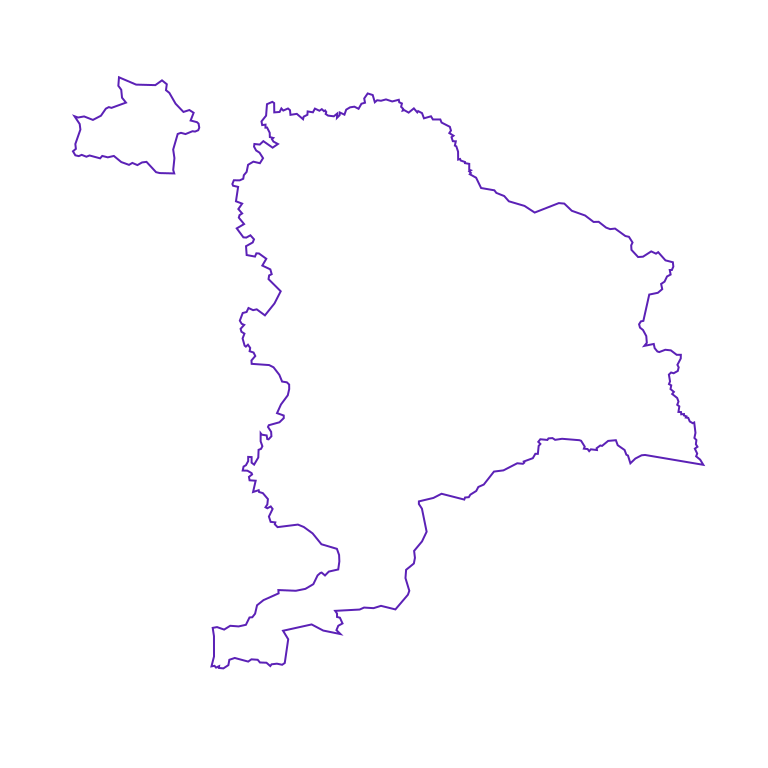 Mion, Northern, Ghana, rotated 183°
{"feature_id": "2480657B42193515445029", "entity_name": "Mion", "entity_type": "district", "adm_level": 2, "iso_a3": "GHA", "parent_name": "Ghana", "parent_adm1": "Northern", "projection": "orthographic", "projection_center": [-0.239, 9.451], "detail": "fine", "context": "isolated", "style": "outline", "palette": "violet", "viewbox_px": 768, "rotation_deg": 183, "n_neighbors": 0, "source": "geoboundaries", "source_scale": "gbopen_adm2", "svg_char_len": 6100}
<svg xmlns="http://www.w3.org/2000/svg" viewBox="0 0 768 768"><g transform="rotate(183 384 384)"><path d="M541.5,93.0L538.5,93.7L536.9,92.0L533.9,93.6L534.0,91.8L529.5,91.6L524.7,95.1L524.0,100.5L518.7,102.6L505.1,99.7L502.0,102.1L495.7,102.0L493.3,99.4L486.8,99.5L482.8,96.4L481.6,98.2L476.3,99.1L471.0,98.3L468.5,100.2L466.3,124.1L471.9,132.3L443.7,140.1L431.8,134.6L414.4,132.0L418.6,135.7L417.0,140.2L412.9,142.7L415.8,148.3L418.7,148.9L418.9,152.3L420.9,154.9L396.5,157.5L392.2,159.7L382.7,159.6L375.4,162.3L360.8,159.5L349.1,174.8L347.9,178.8L352.4,191.3L352.2,199.6L344.8,206.3L344.0,212.0L345.2,218.9L337.8,228.8L333.7,238.7L339.6,261.5L342.9,266.0L343.0,268.6L328.7,272.8L320.8,277.4L297.8,272.8L297.1,274.9L293.4,275.4L292.0,278.0L286.3,282.0L284.4,286.1L279.1,288.8L269.6,302.3L260.2,304.0L246.8,311.8L241.1,311.6L239.8,312.8L240.4,313.9L231.5,317.7L229.2,322.2L226.7,322.3L226.3,330.3L224.7,332.3L226.9,334.3L225.0,337.0L217.9,336.7L216.9,338.3L212.9,338.8L210.2,337.2L203.3,338.6L185.9,338.1L184.2,337.6L180.3,332.0L181.0,329.9L177.3,329.7L175.6,327.7L174.0,329.6L167.9,329.2L168.3,331.0L164.8,333.9L163.0,333.6L157.2,338.9L149.5,340.0L147.4,335.1L140.3,330.7L138.3,326.1L136.6,325.3L133.8,317.7L129.1,322.7L123.0,326.3L119.6,326.8L60.9,320.0L64.3,325.0L68.5,328.1L67.6,330.9L70.2,335.7L67.7,337.7L69.4,340.2L69.1,344.4L71.2,346.4L70.4,351.5L72.2,361.8L73.6,361.0L76.7,362.6L78.4,366.1L80.8,366.3L80.3,367.5L82.8,368.3L82.9,369.7L85.6,369.3L85.9,371.5L88.5,371.5L87.9,377.1L90.1,378.6L89.0,381.8L90.5,385.4L95.7,389.1L94.1,391.3L97.6,393.9L97.1,397.7L99.4,398.8L98.5,401.6L100.0,408.3L97.9,410.5L95.3,409.9L91.3,412.4L90.6,416.1L92.0,418.5L89.0,425.0L89.1,428.7L93.3,428.5L99.3,432.6L104.9,432.9L110.8,430.3L112.7,430.8L115.6,434.0L116.7,438.1L126.0,435.7L123.7,438.9L124.6,445.6L128.2,451.5L131.3,453.7L132.4,457.0L130.7,460.0L128.3,460.6L123.8,487.2L115.3,489.4L111.1,493.3L112.5,498.4L109.2,500.9L107.0,506.2L103.5,508.3L104.6,512.8L102.5,512.9L101.2,516.4L101.9,520.7L109.4,522.2L117.1,530.0L119.2,528.4L124.1,530.4L132.0,524.7L136.9,524.1L143.9,530.9L144.4,535.4L143.2,538.3L147.1,543.8L150.7,544.4L161.4,551.3L166.3,550.5L170.4,551.8L178.1,557.2L183.2,556.8L192.0,562.8L205.5,566.8L213.4,573.6L218.9,573.8L242.5,563.1L253.0,569.2L268.9,573.0L273.8,578.0L281.8,580.7L283.9,583.2L297.3,584.8L302.8,594.8L309.3,598.0L308.3,599.3L310.0,600.8L308.5,601.9L310.1,602.4L310.4,608.3L314.7,608.8L314.7,609.9L319.1,611.2L319.8,612.7L321.7,612.0L322.2,619.9L324.2,625.1L325.7,625.8L325.0,630.1L328.0,630.1L329.5,634.0L327.6,635.6L331.9,638.0L330.4,640.6L331.7,644.3L340.2,648.1L341.6,651.1L349.0,650.7L351.1,653.8L358.0,651.4L360.2,656.5L364.2,658.3L365.0,657.0L368.6,660.8L373.6,656.3L378.2,658.6L379.7,658.0L379.3,659.8L381.4,661.7L380.8,665.1L383.5,666.1L384.1,668.6L390.6,666.6L396.9,668.3L401.8,666.7L405.7,667.0L407.9,664.9L410.4,672.0L415.5,673.3L418.7,668.1L417.7,663.9L421.2,662.7L423.8,657.5L428.1,659.4L432.4,658.5L436.1,656.0L437.6,650.9L442.2,652.8L442.4,650.1L444.9,647.3L444.8,651.7L448.1,648.7L453.9,649.1L456.4,650.6L455.9,652.6L457.1,654.1L458.2,653.3L460.5,655.2L462.8,653.5L467.4,655.4L469.2,651.6L474.5,652.2L474.6,648.8L478.2,646.8L478.7,644.2L485.2,649.2L491.5,647.9L492.2,652.5L494.3,654.1L498.9,651.8L500.9,653.8L502.5,650.2L507.8,649.5L508.4,658.8L510.3,659.9L515.5,657.3L515.8,645.8L520.1,639.8L519.2,636.2L515.9,636.8L515.8,633.8L514.2,634.0L511.3,628.9L510.9,624.6L507.5,623.9L508.7,622.6L507.1,620.3L502.5,618.1L507.6,614.2L517.2,620.2L520.6,616.6L526.0,616.9L526.2,614.2L523.9,610.5L520.4,608.5L516.6,603.2L519.5,598.0L526.1,599.2L531.2,595.8L532.3,588.6L534.9,585.2L535.3,581.6L538.8,579.8L544.6,579.6L545.9,575.8L545.1,574.1L540.0,573.2L541.4,558.7L535.1,556.7L538.6,551.1L534.6,546.9L537.1,545.1L537.7,542.5L532.1,536.4L539.2,531.7L532.1,523.1L529.2,523.0L525.2,525.5L521.4,521.7L522.5,518.5L529.0,514.4L527.9,505.6L519.5,504.5L518.3,507.8L515.7,507.8L508.1,502.9L511.7,495.9L503.5,492.5L501.9,487.8L504.4,486.4L504.8,482.7L492.0,471.2L497.6,458.7L506.5,446.3L515.0,451.9L518.6,450.9L523.3,452.8L525.0,448.7L528.8,447.5L531.3,439.7L529.3,436.7L526.7,435.7L530.1,431.6L529.1,428.7L526.0,427.0L527.6,422.1L525.2,415.0L523.9,414.1L521.9,416.1L519.5,413.0L519.9,409.7L515.9,408.6L514.0,405.2L517.6,400.6L517.2,397.2L499.7,396.9L495.2,394.9L489.0,387.7L485.9,381.1L481.1,380.6L478.7,378.5L478.4,374.0L479.5,367.7L485.8,358.2L489.3,349.3L482.5,347.3L482.3,344.7L486.4,340.3L496.9,336.8L497.6,335.0L494.2,330.3L493.7,325.9L496.4,322.7L497.7,322.9L498.5,326.5L503.4,327.0L504.6,328.4L504.2,320.3L502.2,315.5L503.4,312.8L505.8,311.7L505.7,304.0L509.5,296.7L512.1,298.5L512.4,304.1L515.8,304.1L515.6,299.9L517.6,295.7L519.9,294.2L520.6,290.2L515.9,290.3L511.6,288.1L511.0,286.8L514.0,284.2L513.2,280.8L507.1,280.7L509.1,269.3L503.6,271.4L503.1,269.6L499.3,268.7L493.9,263.0L494.2,257.6L495.9,254.7L494.0,253.8L490.7,255.8L488.7,253.4L492.0,245.6L490.0,240.4L485.3,240.1L485.7,238.2L482.8,235.5L462.6,239.1L456.6,237.0L447.5,231.1L438.1,220.7L422.4,216.9L419.9,210.9L419.3,204.5L420.0,196.4L429.3,193.8L432.9,189.7L436.4,192.4L437.6,192.0L440.3,189.4L444.1,180.4L451.8,175.3L461.2,172.9L478.7,172.7L478.3,169.4L493.0,161.9L499.2,156.4L500.7,147.9L503.3,144.2L506.1,143.8L509.3,136.3L516.5,134.3L524.9,134.5L530.8,130.4L538.0,132.5L542.3,131.5L540.6,123.3L539.5,103.0L541.5,93.0ZM707.1,635.2L701.5,627.7L700.5,622.2L704.8,607.5L704.0,602.7L706.8,600.1L704.2,596.2L700.7,595.6L697.9,597.0L693.1,595.4L690.0,596.8L679.3,594.5L677.3,597.0L671.7,595.9L665.7,597.6L658.0,591.9L650.1,589.5L646.9,591.6L641.7,589.7L637.2,592.6L632.8,593.4L622.7,583.6L619.0,582.9L604.5,583.3L605.7,586.7L605.1,598.6L606.8,607.1L603.1,622.9L599.9,624.2L595.3,623.2L588.5,626.4L585.9,626.2L582.8,627.7L581.9,630.3L582.8,634.3L584.5,635.7L590.9,637.0L588.3,644.9L592.7,647.4L598.5,645.2L599.4,646.0L606.8,653.0L613.6,663.5L617.1,666.0L616.6,672.0L621.6,675.6L628.0,670.5L647.2,670.0L664.7,676.4L664.9,667.9L661.8,664.1L660.6,656.2L656.4,651.5L670.6,645.5L673.3,646.1L676.2,644.4L680.7,637.1L688.5,632.5L697.5,635.5L703.5,634.1L707.1,635.2Z" fill="none" stroke="#5b21b6" stroke-width="2"/></g></svg>